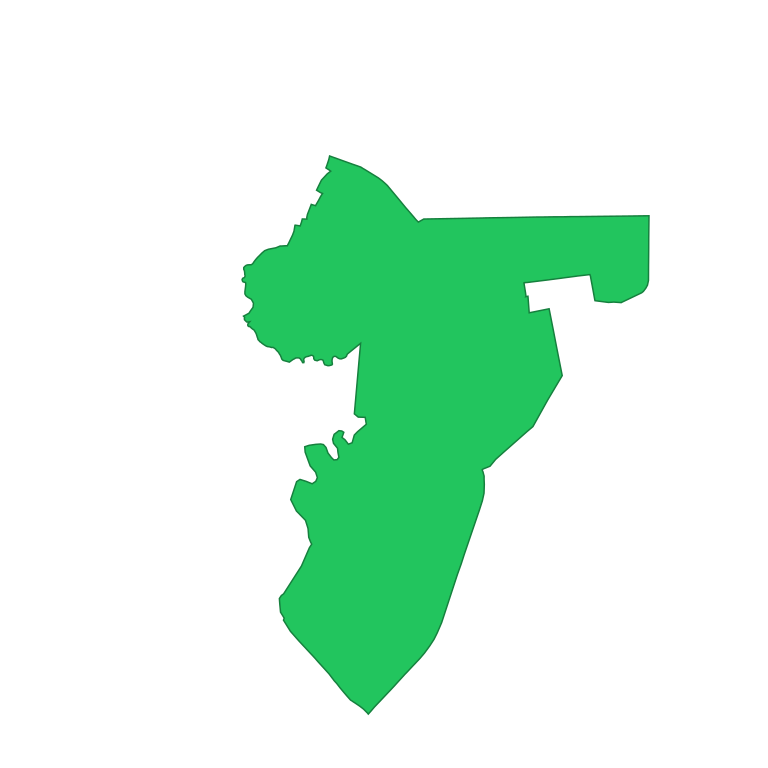 Jeshwang, Banjul, Gambia, rotated 123°
{"feature_id": "56634734B33214654746760", "entity_name": "Jeshwang", "entity_type": "district", "adm_level": 2, "iso_a3": "GMB", "parent_name": "Gambia", "parent_adm1": "Banjul", "projection": "mercator", "projection_center": [-16.661, 13.451], "detail": "fine", "context": "isolated", "style": "filled", "palette": "green", "viewbox_px": 768, "rotation_deg": 123, "n_neighbors": 0, "source": "geoboundaries", "source_scale": "gbopen_adm2", "svg_char_len": 5508}
<svg xmlns="http://www.w3.org/2000/svg" viewBox="0 0 768 768"><g transform="rotate(123 384 384)"><path d="M98.6,253.4L110.7,271.5L120.2,285.8L137.3,311.5L141.0,317.2L144.2,321.9L144.4,322.1L151.7,333.2L157.2,341.4L160.3,346.1L161.1,347.3L172.6,364.3L180.6,376.2L184.4,381.9L189.4,389.3L191.4,392.2L199.3,403.9L200.2,405.2L212.6,423.6L224.0,440.5L229.5,443.4L228.8,446.5L228.1,448.9L227.8,449.7L225.5,457.6L224.3,461.8L220.1,475.1L219.4,477.4L216.3,487.4L215.7,489.2L215.4,490.8L214.6,495.9L214.3,499.4L214.3,499.5L214.2,501.0L214.6,517.6L214.7,518.4L214.7,521.5L215.6,525.3L216.5,528.9L217.0,530.9L217.0,531.0L219.4,541.1L219.9,543.3L222.4,553.8L225.1,552.8L227.1,552.2L227.9,552.0L228.6,551.8L230.2,551.4L231.7,551.0L233.5,550.6L234.4,550.4L234.4,548.9L234.4,547.3L234.4,546.1L234.5,544.6L237.7,545.7L238.4,546.0L242.5,546.7L244.8,547.1L247.1,547.5L252.2,546.9L252.4,546.8L253.0,546.8L258.2,546.1L258.1,542.3L258.1,542.1L258.0,540.8L257.7,539.3L257.9,539.3L261.2,539.3L265.5,538.9L271.3,538.6L271.7,538.5L273.0,542.7L273.0,542.8L273.5,542.7L280.0,541.3L283.4,540.6L286.3,539.5L287.7,538.5L288.7,540.1L290.1,542.4L292.8,541.5L293.0,541.4L297.1,540.4L298.3,543.2L299.2,545.1L299.4,545.1L304.9,542.7L309.0,541.8L313.8,541.2L315.9,540.9L316.2,540.9L316.6,540.8L318.7,540.6L320.8,540.4L321.1,541.0L322.3,542.7L324.1,545.1L324.5,545.7L324.9,546.3L328.7,548.9L330.7,551.0L334.0,554.4L337.2,556.7L339.3,557.3L339.5,557.4L341.0,557.8L344.5,558.5L346.7,559.0L349.6,559.4L352.3,559.6L353.6,559.6L354.6,559.6L356.3,560.3L357.3,561.8L358.4,563.3L359.5,564.2L361.5,564.9L362.8,565.0L364.2,564.1L365.1,562.7L366.6,561.4L368.0,560.4L369.0,559.3L370.7,559.0L372.1,560.0L373.5,560.0L374.6,559.0L375.1,557.8L374.7,556.6L374.5,555.9L374.3,555.4L375.4,554.4L377.6,553.2L382.2,551.0L384.2,549.7L385.2,547.8L385.4,545.6L385.4,545.3L385.3,543.3L385.3,543.1L385.2,541.3L385.4,541.0L387.3,537.5L391.0,535.6L395.2,535.8L398.2,535.8L401.7,537.7L403.1,538.5L403.4,538.7L403.6,538.8L404.0,537.2L405.1,536.8L406.1,536.0L406.7,533.3L406.7,532.6L405.5,531.1L404.9,530.5L407.4,530.8L408.0,530.8L409.3,529.9L409.4,528.5L409.0,528.0L409.0,526.8L409.3,526.0L409.4,525.0L409.5,524.0L409.5,522.4L410.4,520.5L411.3,518.8L412.2,517.6L412.3,517.5L413.8,515.7L414.5,514.7L415.4,513.8L415.6,512.7L416.1,511.2L416.1,509.7L416.3,508.7L416.4,506.9L416.4,505.1L416.4,504.6L416.4,503.8L416.3,503.0L416.1,502.1L415.5,500.9L415.0,499.7L414.6,498.1L413.7,497.0L413.7,495.9L413.7,495.2L413.7,494.2L414.0,493.4L414.1,493.1L414.3,492.4L414.7,490.6L414.9,489.7L415.8,488.0L416.3,486.7L417.5,484.9L418.6,483.5L418.8,483.2L419.1,481.7L419.1,481.4L417.8,477.3L417.2,475.3L413.1,473.7L411.4,472.7L410.5,472.4L409.4,471.1L408.4,469.4L408.4,468.4L408.5,467.7L409.0,466.8L409.5,465.3L410.4,463.9L409.8,462.9L408.8,463.2L407.2,464.7L406.0,465.0L404.3,464.6L403.8,464.2L403.2,463.8L402.1,462.6L401.5,462.2L400.3,461.2L399.6,460.9L399.1,459.7L399.1,458.5L399.6,457.7L401.1,456.6L401.7,455.0L400.9,452.7L398.9,451.4L398.0,450.5L397.7,449.9L397.4,449.3L397.3,448.0L399.1,445.9L400.1,444.2L399.2,441.0L398.3,439.8L396.4,438.1L395.4,438.1L393.6,439.7L392.1,440.7L389.7,441.5L388.0,440.9L387.1,439.4L387.2,437.8L387.3,436.4L386.9,434.6L386.0,433.3L384.8,432.4L383.6,431.5L382.6,430.9L381.3,430.7L381.1,430.6L379.6,431.0L378.7,431.0L362.6,425.8L378.5,417.4L397.5,407.3L425.2,392.6L425.8,387.6L422.2,381.6L427.2,377.1L427.4,376.9L438.4,380.2L443.0,381.1L450.6,378.7L453.9,381.1L452.0,386.4L451.7,390.1L446.4,391.4L446.4,393.8L447.7,396.4L453.4,398.4L458.3,397.0L461.3,394.0L463.2,388.0L466.5,385.3L470.1,381.9L473.0,382.1L475.0,384.7L474.3,388.1L472.4,393.4L468.8,398.1L467.8,401.8L468.8,404.4L471.8,408.4L476.2,413.4L479.8,416.3L484.1,413.0L492.9,401.3L495.2,393.3L498.8,388.9L502.8,388.2L506.8,389.9L508.1,396.5L509.8,402.5L513.5,404.1L531.7,399.3L538.2,388.3L541.1,375.6L545.9,369.8L546.7,368.9L553.6,363.6L556.5,359.5L557.7,357.4L557.8,357.4L561.9,357.4L581.6,354.1L614.7,353.9L617.3,354.9L620.9,354.9L625.0,351.8L631.7,346.5L634.7,340.2L636.8,339.7L642.4,327.7L645.9,315.2L651.5,292.8L653.0,287.6L657.0,272.4L660.0,264.1L660.9,260.6L662.9,254.9L664.9,248.4L665.9,245.0L667.3,239.9L667.3,234.2L667.4,228.9L667.8,224.1L668.2,222.3L669.0,218.5L669.4,217.4L665.7,216.8L660.2,216.1L656.9,215.5L648.9,214.0L631.8,210.9L616.3,208.4L613.4,207.8L605.5,206.4L594.6,204.4L587.6,203.5L578.6,203.0L570.9,203.0L563.8,203.8L558.5,204.7L552.7,205.7L503.7,218.7L492.7,221.3L483.5,223.8L443.5,233.9L438.3,235.2L428.4,237.9L421.2,240.6L413.7,245.1L409.2,248.3L406.7,249.9L405.3,251.5L403.8,253.1L402.8,254.6L402.3,255.0L401.0,254.4L400.4,254.0L398.9,252.9L395.2,250.3L386.4,249.3L376.4,246.6L367.1,244.0L345.9,238.1L338.6,235.9L308.1,238.0L305.5,238.1L279.9,239.1L272.5,246.3L258.8,259.6L245.0,272.9L231.0,286.5L244.7,300.5L245.2,301.0L232.6,310.6L232.0,311.1L233.6,312.7L233.1,312.8L232.4,313.3L230.4,315.0L223.0,321.7L222.9,321.6L222.5,321.1L222.3,321.2L220.8,319.1L217.5,315.2L207.1,302.8L206.7,302.3L206.4,302.0L199.7,294.1L197.7,291.8L189.0,281.6L188.6,281.2L183.9,275.5L180.4,271.3L180.3,271.1L180.1,270.9L181.2,269.5L181.3,269.4L181.9,268.8L182.1,268.7L188.8,262.3L189.6,261.6L190.5,260.7L198.7,253.0L198.9,252.7L199.2,252.4L193.3,240.1L192.6,239.2L191.2,237.3L190.2,236.0L187.0,230.2L186.7,229.8L186.7,229.5L185.5,228.8L167.2,217.6L165.1,216.9L161.0,216.6L157.4,216.9L157.3,217.0L157.0,217.1L156.8,217.2L155.2,217.8L153.6,218.4L153.4,218.5L153.1,218.6L139.1,227.6L138.9,227.7L126.2,235.8L117.2,241.6L98.9,253.2L98.6,253.4Z" fill="#22c55e" stroke="#15803d" stroke-width="1.5"/></g></svg>